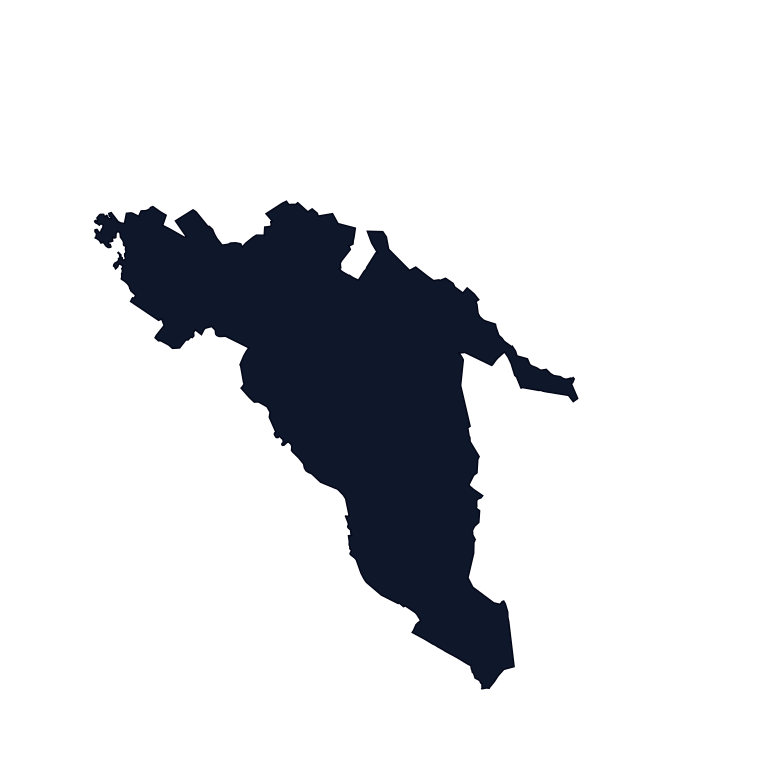 Pušas pag., Rezeknes, Latvia, rotated 53°
{"feature_id": "27541924B59366467531122", "entity_name": "Pušas pag.", "entity_type": "district", "adm_level": 2, "iso_a3": "LVA", "parent_name": "Latvia", "parent_adm1": "Rezeknes", "projection": "robinson", "projection_center": [27.179, 56.243], "detail": "fine", "context": "isolated", "style": "filled", "palette": "ink", "viewbox_px": 768, "rotation_deg": 53, "n_neighbors": 0, "source": "geoboundaries", "source_scale": "gbopen_adm2", "svg_char_len": 6092}
<svg xmlns="http://www.w3.org/2000/svg" viewBox="0 0 768 768"><g transform="rotate(53 384 384)"><path d="M512.0,243.5L512.1,238.0L496.5,234.2L496.5,232.6L494.4,229.0L492.7,229.1L492.8,229.9L492.3,230.5L492.4,232.1L491.3,231.8L491.2,232.7L489.7,235.8L487.4,237.6L484.3,238.7L479.5,243.3L475.8,244.8L470.0,245.6L467.6,250.1L466.9,250.8L463.0,252.3L458.2,255.2L456.1,255.8L450.2,254.3L441.6,260.9L437.0,259.2L431.0,258.8L431.1,259.6L422.3,262.3L418.4,262.2L414.3,263.0L406.2,260.4L403.3,259.0L394.8,265.0L392.5,266.2L387.7,267.0L384.0,266.3L376.8,262.1L373.5,260.9L373.7,257.6L366.3,257.8L357.3,259.8L358.8,266.2L349.2,269.1L345.2,268.3L336.6,271.2L335.0,277.0L333.9,277.4L331.3,282.2L324.6,284.3L309.7,288.3L308.7,295.2L279.2,299.2L267.9,293.6L261.6,293.3L252.0,305.4L264.1,309.0L275.4,310.2L274.4,311.6L280.5,327.7L281.7,329.3L281.9,331.7L285.7,342.0L280.5,344.7L276.3,346.2L276.0,346.8L272.0,348.6L268.7,349.9L264.9,350.4L265.3,348.7L261.4,346.4L260.1,344.0L256.3,329.9L252.7,329.0L253.6,324.6L250.6,321.9L249.4,320.3L242.3,313.1L228.2,324.2L217.0,322.6L210.3,335.5L207.5,334.5L200.9,336.0L200.7,341.2L187.3,343.8L187.5,346.2L183.3,352.1L179.3,351.9L178.4,356.5L177.0,375.8L186.5,375.1L186.2,376.7L186.7,377.2L188.3,377.7L189.5,378.9L189.8,379.8L186.9,384.8L193.1,390.1L188.3,396.4L188.0,400.3L188.3,409.6L189.3,414.8L185.8,414.1L182.0,417.4L179.1,421.7L178.7,424.2L175.7,429.7L167.1,429.9L162.3,429.2L157.3,427.9L152.9,428.7L152.3,429.8L133.3,430.5L130.0,431.7L128.2,452.4L147.3,453.2L146.7,455.1L131.1,461.9L124.1,465.3L118.1,456.4L112.2,458.9L103.2,461.8L102.5,464.3L103.2,465.7L102.4,469.6L99.6,473.8L102.4,479.0L96.2,482.1L94.9,483.3L92.7,487.0L99.6,494.7L97.0,497.3L94.3,498.6L82.9,498.7L82.2,501.2L84.5,502.3L86.1,501.8L87.3,501.9L87.4,502.8L87.1,503.6L86.6,503.9L84.8,504.4L84.1,504.4L83.3,503.9L82.5,503.9L82.3,505.4L82.7,505.7L82.6,506.1L81.7,506.4L79.8,505.8L77.8,508.5L77.7,509.4L78.6,513.3L79.4,513.7L80.7,513.7L81.4,514.3L81.5,515.9L81.1,515.9L80.7,515.4L80.1,515.5L79.8,515.8L79.8,517.1L80.4,517.4L82.1,517.2L83.4,516.4L85.6,515.8L85.8,515.7L85.5,515.0L85.7,514.7L85.4,513.9L85.6,513.5L88.0,512.8L89.2,513.1L89.3,514.1L90.5,515.4L90.4,515.8L90.5,516.6L91.7,518.2L92.1,519.7L90.9,520.4L88.1,520.1L87.5,520.6L87.0,522.0L87.9,522.9L88.9,523.2L90.1,522.9L91.6,523.7L93.0,525.3L93.4,526.7L93.6,526.8L94.5,526.1L98.0,524.9L101.0,525.3L101.4,524.6L101.6,523.7L101.4,523.5L101.6,522.9L106.7,523.0L109.1,522.1L110.3,520.0L110.1,519.5L107.8,518.7L107.4,518.9L107.2,519.7L106.0,519.7L105.6,519.0L105.0,518.7L105.1,517.6L105.8,516.9L106.6,514.9L106.5,514.5L105.2,514.0L103.5,512.3L104.9,511.7L105.5,510.7L105.6,510.0L102.5,507.4L101.9,505.9L102.3,504.3L104.7,504.0L108.1,506.1L112.3,506.2L114.3,506.9L116.2,508.3L116.8,508.4L117.8,507.7L119.0,507.7L121.1,509.7L122.7,510.1L124.1,512.0L123.9,512.7L124.6,513.3L125.8,514.1L127.9,514.7L128.6,515.6L128.6,516.0L128.2,517.5L127.7,518.1L126.7,518.0L125.8,517.1L123.8,517.6L122.7,516.4L119.0,516.9L119.0,517.4L119.5,517.6L120.8,517.1L123.9,518.6L124.2,519.2L124.0,520.5L125.3,521.4L125.8,522.5L125.9,523.4L125.5,526.0L125.8,527.2L126.3,528.3L127.1,529.0L128.1,528.6L130.5,529.1L130.2,526.2L129.0,524.5L128.7,523.3L129.2,522.8L131.7,521.7L132.2,521.7L133.3,522.3L134.1,523.5L134.0,524.0L136.0,524.6L137.3,525.9L138.0,527.2L140.6,528.9L141.9,530.5L142.3,530.6L145.7,529.3L149.2,528.6L151.8,528.5L153.8,529.1L154.7,529.6L156.3,529.7L157.2,530.1L163.7,528.9L165.2,532.0L163.9,532.8L164.1,533.8L165.6,536.7L197.5,525.7L198.3,522.4L205.0,524.4L208.2,536.6L209.3,539.0L213.8,538.1L214.9,536.4L223.2,532.5L228.2,531.5L232.2,525.5L229.6,515.8L230.9,513.9L230.2,510.2L231.6,509.1L231.1,506.9L227.9,504.8L227.4,502.0L234.7,500.1L232.1,494.8L231.9,493.1L234.4,487.0L239.3,486.3L242.9,488.4L244.6,488.3L246.5,487.3L247.6,486.1L250.5,481.8L273.7,470.2L275.3,474.9L277.1,479.0L281.9,487.3L283.9,487.9L297.8,495.0L299.9,495.8L301.1,499.4L301.3,500.6L313.9,499.6L320.4,498.5L322.7,495.1L331.8,491.1L338.0,492.0L341.5,495.6L357.3,499.3L357.3,500.8L357.6,501.3L358.4,501.9L359.2,502.1L361.8,502.3L363.0,500.9L362.7,499.4L362.9,499.0L367.3,498.2L368.1,498.4L370.2,499.8L370.1,501.2L371.0,502.1L371.5,502.1L372.2,501.7L372.7,500.4L372.3,496.9L372.5,495.2L376.3,494.5L378.6,495.3L381.3,497.8L383.0,497.9L391.3,496.6L399.4,496.3L403.1,498.1L406.2,498.5L409.0,497.6L412.1,495.8L424.3,493.7L440.2,484.3L448.2,483.3L451.6,483.6L452.4,483.6L467.8,490.9L468.0,492.5L467.8,492.9L466.4,493.9L466.4,494.3L473.3,496.2L475.0,497.1L475.7,498.6L476.6,499.1L477.9,499.1L480.3,498.5L484.2,500.8L485.5,501.0L483.8,503.7L488.9,506.5L491.6,508.7L493.2,509.0L495.0,510.4L497.3,510.1L499.0,513.2L499.4,513.4L501.0,513.3L505.1,512.1L507.6,511.9L521.3,516.2L527.4,517.2L530.2,517.4L531.9,517.4L551.1,513.1L567.8,504.8L567.5,503.7L573.6,502.4L574.0,500.5L585.3,496.6L587.8,496.4L594.3,497.0L594.8,497.4L595.2,498.4L595.1,500.4L595.5,503.3L598.6,508.8L599.4,511.0L611.9,505.2L620.8,501.6L623.7,500.1L626.1,499.3L632.8,496.3L633.8,496.1L646.7,490.2L658.0,485.7L661.2,484.1L664.2,485.7L665.3,485.9L667.3,486.9L668.0,486.6L670.0,486.9L673.7,488.2L677.3,486.5L678.7,486.1L681.0,486.7L681.9,486.2L683.1,486.7L685.7,488.6L686.1,489.3L686.4,489.2L688.4,485.1L690.3,483.1L689.9,482.5L688.1,475.1L685.7,468.5L684.0,460.1L688.0,450.2L648.7,427.3L645.1,425.6L640.5,422.4L632.8,419.5L629.4,419.0L628.9,420.5L629.8,423.9L624.8,428.1L599.7,435.4L589.3,433.6L573.2,414.3L564.2,407.2L564.3,406.6L563.4,405.6L563.2,404.8L557.9,403.9L554.1,401.4L552.2,397.4L551.6,391.6L542.7,383.9L539.1,385.0L538.3,384.5L537.5,383.5L533.8,380.9L532.8,379.8L532.4,378.7L532.5,377.7L533.3,375.0L532.6,372.4L522.2,375.9L517.2,377.0L515.6,376.8L510.9,367.4L510.9,363.2L500.8,354.6L499.2,351.7L481.8,349.9L478.2,347.5L477.0,347.5L469.3,343.4L469.6,340.7L431.3,323.7L412.4,306.1L408.1,305.5L404.3,305.5L404.1,305.3L404.7,305.0L407.5,300.4L434.0,286.8L433.9,285.5L432.3,280.5L431.7,277.7L430.9,268.5L437.0,268.7L444.3,270.2L455.8,274.4L458.1,273.9L469.7,277.0L469.9,276.7L469.3,276.3L482.1,264.4L481.9,264.3L484.9,261.3L485.2,261.5L488.1,258.9L504.1,243.5L512.0,243.5Z" fill="#0f172a" stroke="#020617" stroke-width="1.5"/></g></svg>